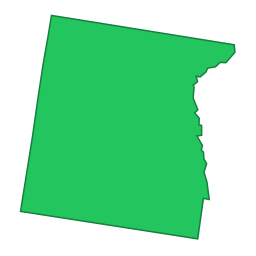 Cattaraugus, New York, United States of America (Equal Earth projection), rotated 99°
{"feature_id": "52423323B48082592169210", "entity_name": "Cattaraugus", "entity_type": "district", "adm_level": 2, "iso_a3": "USA", "parent_name": "United States of America", "parent_adm1": "New York", "projection": "equal_earth", "projection_center": [-78.757, 42.27], "detail": "fine", "context": "isolated", "style": "filled", "palette": "green", "viewbox_px": 256, "rotation_deg": 99, "n_neighbors": 0, "source": "geoboundaries", "source_scale": "gbopen_adm2", "svg_char_len": 577}
<svg xmlns="http://www.w3.org/2000/svg" viewBox="0 0 256 256"><g transform="rotate(99 128 128)"><path d="M226.6,41.8L185.7,42.5L185.9,36.6L169.2,41.5L159.8,46.0L150.8,44.8L146.8,48.1L140.0,49.7L138.2,52.2L133.8,51.7L125.0,58.7L123.7,54.1L114.0,55.7L113.6,58.4L107.2,59.2L102.7,64.5L99.1,61.9L88.1,68.4L77.3,69.1L75.5,70.3L71.3,66.5L66.2,68.8L66.3,64.8L60.7,59.9L56.4,58.6L53.9,51.2L48.8,47.3L48.2,41.6L36.5,34.2L29.2,36.1L28.8,221.2L49.4,221.3L66.3,221.6L77.9,221.8L110.9,221.6L151.2,221.0L227.2,221.1L226.6,41.8Z" fill="#22c55e" stroke="#15803d" stroke-width="1.5"/></g></svg>